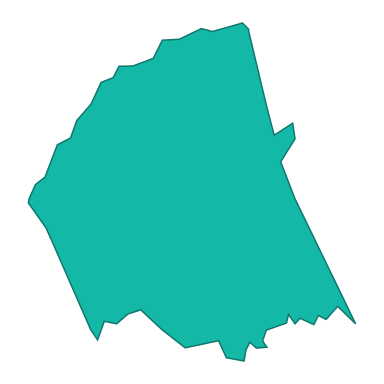 Wilkes, Georgia, United States of America
{"feature_id": "52423323B5561424774861", "entity_name": "Wilkes", "entity_type": "district", "adm_level": 2, "iso_a3": "USA", "parent_name": "United States of America", "parent_adm1": "Georgia", "projection": "equal_earth", "projection_center": [-82.73, 33.794], "detail": "fine", "context": "isolated", "style": "filled", "palette": "teal", "viewbox_px": 384, "rotation_deg": 0, "n_neighbors": 0, "source": "geoboundaries", "source_scale": "gbopen_adm2", "svg_char_len": 768}
<svg xmlns="http://www.w3.org/2000/svg" viewBox="0 0 384 384"><path d="M226.4,357.8L244.1,361.0L245.9,350.1L249.9,342.2L256.3,348.1L266.9,347.2L262.6,341.0L266.4,330.1L286.5,323.0L288.5,314.4L295.0,323.8L300.1,318.3L313.8,324.6L318.4,315.5L326.1,319.4L337.7,306.3L355.6,323.8L294.8,198.4L280.7,161.8L295.0,138.9L292.7,123.2L274.2,135.2L266.8,107.0L248.8,31.8L248.5,29.1L242.5,23.0L212.4,31.5L201.4,28.6L179.0,39.3L162.3,40.2L153.3,58.4L132.8,66.0L119.0,66.3L113.2,77.6L101.1,82.4L91.1,104.0L76.8,120.5L70.5,138.0L57.3,144.8L45.0,177.1L35.5,184.5L29.0,199.0L28.4,203.0L46.0,227.9L53.0,243.5L90.6,329.5L97.6,339.9L104.3,321.3L116.6,323.8L128.0,314.0L140.7,309.8L162.0,329.7L185.2,347.8L218.6,340.7L226.4,357.8Z" fill="#14b8a6" stroke="#0f766e" stroke-width="1.5"/></svg>